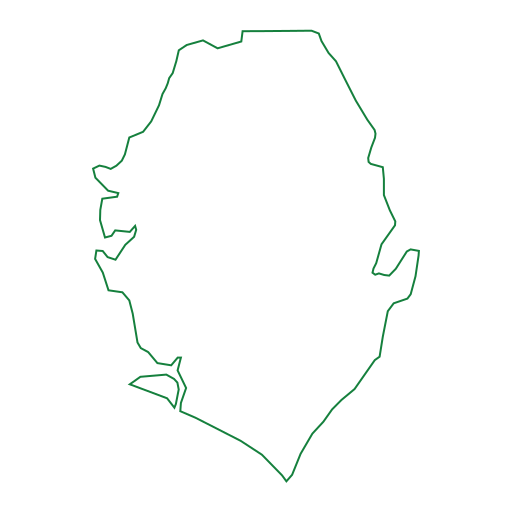 the border of Sierra Leone
{"feature_id": "SLE", "entity_name": "Sierra Leone", "entity_type": "country or territory", "adm_level": 0, "iso_a3": "SLE", "parent_name": "Africa", "parent_adm1": "", "projection": "equal_earth", "projection_center": [-11.928, 8.452], "detail": "fine", "context": "isolated", "style": "outline", "palette": "green", "viewbox_px": 512, "rotation_deg": 0, "n_neighbors": 0, "source": "natural_earth", "source_scale": "50m", "svg_char_len": 1615}
<svg xmlns="http://www.w3.org/2000/svg" viewBox="0 0 512 512"><path d="M418.9,250.9L418.6,255.4L415.5,276.3L410.7,294.2L407.4,298.6L393.7,303.3L387.8,311.2L382.8,336.7L379.6,356.7L374.8,360.1L354.6,389.0L341.4,400.0L332.1,409.4L323.4,421.7L312.4,433.6L300.6,453.8L292.1,474.8L286.4,481.3L282.1,475.4L261.9,454.7L240.6,440.8L195.4,417.7L180.3,411.2L180.9,403.0L186.1,388.0L177.6,370.4L180.9,357.6L177.7,357.6L171.2,365.3L157.4,363.1L148.2,352.1L140.8,348.1L137.5,342.5L132.7,313.6L129.3,300.4L122.4,292.3L108.5,290.3L102.8,272.6L95.1,258.9L96.4,250.5L102.7,251.0L107.6,257.1L115.5,259.7L125.3,244.8L134.1,236.8L136.2,229.8L135.1,225.9L129.8,231.9L115.2,230.4L111.5,235.8L105.0,237.5L100.0,220.1L100.3,209.9L102.3,198.7L117.1,196.7L118.3,193.1L108.1,190.7L95.4,177.7L93.1,168.6L99.4,165.6L105.5,166.9L110.7,168.9L116.4,165.7L121.8,160.7L124.9,154.4L129.3,137.5L143.1,131.8L151.2,121.4L159.0,105.3L162.5,94.0L165.7,88.3L167.7,83.4L169.2,78.1L172.7,73.1L176.3,61.2L178.8,50.3L186.7,45.0L203.0,40.4L217.6,48.3L241.3,41.5L242.6,31.2L264.3,31.1L290.1,30.9L311.5,30.7L318.8,33.5L321.5,41.1L328.6,53.0L336.0,61.3L345.1,79.5L355.8,100.6L367.3,119.7L374.6,130.0L375.5,133.7L375.0,137.8L371.3,147.5L368.2,158.0L368.6,161.9L370.8,163.9L382.8,167.2L383.9,178.9L383.9,195.1L389.8,210.2L395.3,221.4L395.0,225.3L381.5,244.3L376.2,263.2L373.5,268.5L372.5,272.7L375.2,274.7L378.9,273.4L384.2,275.0L389.2,275.6L395.8,268.8L406.8,251.5L410.6,249.4L418.9,250.9ZM175.9,403.9L174.4,407.7L167.1,398.3L129.8,384.3L140.4,376.8L166.3,374.6L174.0,378.9L177.4,382.6L178.7,389.5L175.9,403.9Z" fill="none" stroke="#15803d" stroke-width="2"/></svg>